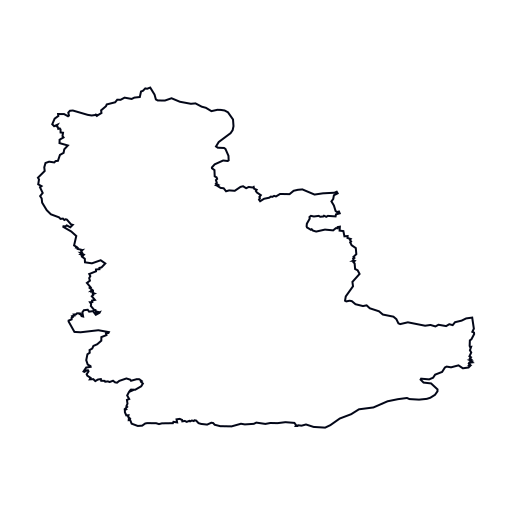 Wonogiri, Jawa Tengah, Indonesia, rotated 265°
{"feature_id": "22746128B32217084331074", "entity_name": "Wonogiri", "entity_type": "district", "adm_level": 2, "iso_a3": "IDN", "parent_name": "Indonesia", "parent_adm1": "Jawa Tengah", "projection": "equal_earth", "projection_center": [111.032, -7.962], "detail": "fine", "context": "isolated", "style": "outline", "palette": "ink", "viewbox_px": 512, "rotation_deg": 265, "n_neighbors": 0, "source": "geoboundaries", "source_scale": "gbopen_adm2", "svg_char_len": 5939}
<svg xmlns="http://www.w3.org/2000/svg" viewBox="0 0 512 512"><g transform="rotate(265 256 256)"><path d="M126.4,458.0L128.1,460.0L128.5,458.7L129.3,459.6L130.3,458.6L131.1,459.1L131.2,462.0L132.1,460.9L132.5,461.9L133.8,459.6L134.2,461.3L135.4,460.2L136.4,461.3L137.5,459.9L141.1,462.0L143.5,460.9L146.8,462.4L146.8,461.3L147.8,461.0L153.3,461.7L154.2,463.3L159.2,466.5L160.7,466.5L161.6,464.9L164.6,466.7L175.8,466.0L175.5,459.9L173.7,455.2L172.7,448.5L170.0,445.9L171.2,442.6L169.6,439.3L171.6,431.8L170.2,428.6L172.1,423.8L171.8,418.4L176.7,401.5L175.6,393.7L176.5,392.0L180.9,390.3L183.6,387.6L186.6,377.3L190.2,373.7L194.0,364.8L197.2,361.9L196.8,358.2L199.3,350.9L202.7,347.5L203.3,345.3L202.9,342.0L203.7,340.8L207.9,341.9L217.4,350.0L221.8,349.8L229.1,357.6L232.9,356.0L234.4,353.6L240.0,353.6L241.2,352.6L242.4,353.8L242.7,352.0L243.1,353.0L244.8,352.5L245.5,353.8L246.6,353.0L249.1,356.1L255.2,356.1L258.4,352.2L261.4,351.0L262.1,352.0L263.9,351.0L264.7,351.8L266.0,348.7L267.9,349.0L267.9,345.8L273.2,345.2L274.0,341.5L277.9,342.1L277.7,339.9L276.5,339.7L276.8,338.0L274.8,335.1L276.3,327.0L275.1,318.1L276.3,315.0L277.8,313.8L277.3,313.0L280.0,309.3L281.2,309.0L283.8,309.5L288.4,312.7L290.2,312.7L291.2,314.2L290.3,317.1L290.5,322.0L289.5,323.4L289.5,326.4L290.2,327.2L288.9,329.4L289.7,331.1L288.5,338.7L290.5,339.3L291.2,343.1L293.1,342.5L292.7,340.5L293.9,339.2L299.5,338.0L303.8,335.9L306.1,337.9L309.7,338.9L311.3,342.8L313.0,342.0L312.2,339.6L312.6,328.1L312.1,319.7L318.3,308.0L318.3,303.5L317.7,299.2L314.7,294.8L315.7,285.4L313.6,281.1L314.3,279.3L313.5,277.4L313.9,276.0L312.9,274.2L312.3,269.0L310.2,264.9L311.9,263.9L313.3,265.0L314.5,264.5L316.2,266.1L319.2,262.4L320.8,261.5L321.9,262.4L323.2,260.0L325.0,259.7L324.5,258.7L325.4,254.8L324.4,252.1L326.6,249.2L326.2,246.6L322.8,240.5L323.7,235.0L323.1,231.8L326.3,229.7L326.9,226.7L329.0,223.9L329.6,224.6L330.0,222.7L330.7,223.7L331.5,222.4L332.5,223.3L335.1,222.7L336.2,224.0L337.7,223.6L339.0,221.8L345.2,222.1L347.2,219.8L348.1,219.8L350.9,222.8L354.0,231.6L353.1,236.1L353.7,237.1L358.2,237.3L365.3,234.9L366.4,233.6L367.2,227.4L368.6,225.7L372.8,228.8L380.6,241.4L383.4,243.7L387.3,244.9L394.0,245.0L401.6,240.6L403.7,237.4L404.6,233.7L405.0,230.3L404.2,224.2L408.0,219.0L409.5,214.9L413.3,209.0L413.3,204.4L416.3,193.6L420.5,185.6L418.8,178.8L419.5,171.7L420.7,169.9L425.6,169.0L433.0,165.3L432.1,162.1L432.6,160.3L430.4,157.7L429.9,155.8L424.5,154.1L424.4,148.7L423.3,145.8L425.2,138.9L423.4,134.7L423.8,131.4L421.4,129.1L420.0,120.5L418.3,119.6L414.6,114.4L411.9,114.5L410.1,110.8L410.5,109.6L408.8,110.2L410.5,108.6L410.3,104.5L411.3,100.6L416.9,86.2L416.9,83.3L415.2,81.5L412.2,81.9L411.6,80.9L414.1,77.2L414.7,71.2L412.7,71.3L410.4,67.4L405.0,64.5L402.9,66.2L404.1,69.7L402.6,68.6L401.7,69.8L399.9,70.1L400.2,71.6L399.1,72.3L396.1,72.1L395.6,74.5L392.4,73.7L390.9,74.6L389.0,70.5L385.6,70.1L382.5,78.2L379.0,74.3L375.5,73.3L373.8,69.5L368.1,67.0L368.0,64.6L366.8,63.2L368.0,58.1L367.0,54.4L362.8,52.8L359.1,52.9L353.0,45.6L351.2,46.5L346.4,45.3L344.3,48.4L343.3,46.8L337.4,49.0L334.5,46.2L332.0,47.5L327.8,47.6L319.9,51.5L315.4,55.3L311.7,63.1L310.0,64.5L310.1,66.9L308.6,68.2L309.2,69.6L308.7,70.8L303.6,74.5L303.0,76.1L300.8,73.5L303.0,70.1L302.1,68.8L302.4,66.8L301.8,66.6L296.5,74.1L291.6,78.7L282.4,75.7L280.6,78.1L280.0,77.6L279.5,79.1L278.6,78.9L277.6,82.1L276.9,82.2L277.0,83.5L276.0,82.3L274.1,83.2L274.3,81.8L273.7,82.5L273.1,81.5L272.6,83.3L272.0,82.2L271.2,82.5L271.4,83.7L270.4,82.7L268.2,85.2L264.6,85.1L263.0,91.9L265.3,100.9L261.7,105.2L258.1,101.1L257.8,99.0L256.5,98.9L256.5,95.4L254.7,95.3L252.6,88.3L250.4,89.2L248.5,87.9L245.9,88.4L243.9,85.2L239.1,88.6L238.6,87.6L236.5,89.9L235.6,88.6L235.6,89.7L234.8,89.3L235.0,90.5L233.5,90.3L232.7,91.8L232.2,90.1L231.3,90.4L230.2,88.9L226.3,91.7L225.9,88.8L224.4,88.9L224.4,86.6L222.6,87.6L220.6,87.1L216.2,90.2L216.1,91.4L214.7,91.7L214.2,93.3L213.6,92.3L213.0,93.5L213.6,95.5L213.1,95.2L211.4,91.3L215.3,88.8L215.1,84.9L217.1,83.7L217.0,79.8L215.0,78.1L210.8,78.5L211.3,77.0L213.9,76.0L213.6,75.1L214.3,74.8L214.5,72.7L213.6,71.7L213.6,69.4L212.5,69.9L212.1,67.6L211.2,68.1L210.7,67.0L208.9,66.8L208.0,63.7L207.1,63.6L196.2,68.5L195.3,74.6L195.8,92.5L193.0,102.8L192.2,102.3L191.9,99.8L190.2,100.1L188.7,94.9L185.1,94.5L181.9,90.1L180.6,86.2L178.1,84.8L176.8,82.0L174.1,81.9L172.8,79.5L167.0,77.8L162.5,78.9L160.8,81.5L160.0,81.6L159.7,77.1L156.0,74.1L155.5,74.9L156.9,77.7L156.7,78.8L155.6,79.1L153.0,77.0L151.5,77.5L149.0,80.6L147.6,79.7L147.5,83.2L145.4,85.0L146.7,87.7L146.9,90.7L145.2,90.9L144.8,94.3L143.9,94.8L144.0,97.5L143.2,99.2L144.2,102.7L142.4,104.6L141.9,106.5L143.5,108.9L145.3,116.2L143.8,119.9L142.6,120.6L143.7,126.5L143.4,129.0L141.3,131.3L140.7,130.5L138.8,132.2L136.2,130.3L133.3,124.0L133.8,119.8L133.2,119.1L132.6,120.5L131.6,117.6L128.3,115.5L124.6,117.2L123.9,114.9L120.1,115.1L117.7,113.8L116.9,114.5L115.1,112.2L114.5,113.1L113.9,111.9L111.7,111.8L108.5,112.9L108.5,115.1L107.0,114.6L105.3,116.1L104.9,115.1L103.6,114.9L103.7,116.3L99.8,117.5L97.0,123.4L96.9,127.8L98.8,131.0L99.0,133.0L98.1,142.0L97.0,144.7L97.5,147.7L96.7,158.6L98.0,159.3L97.1,162.9L100.2,162.6L100.4,165.8L99.1,168.1L97.7,168.2L97.9,170.7L96.8,172.5L97.6,175.3L97.0,175.9L97.7,177.8L97.0,179.6L97.7,180.4L97.3,182.0L94.5,184.2L93.5,186.7L92.3,192.6L93.8,197.0L93.3,198.8L91.5,200.1L89.6,205.5L88.4,216.8L90.2,226.4L89.2,230.2L89.0,239.2L90.0,241.8L87.9,250.7L88.4,255.7L87.6,262.9L87.9,270.8L86.4,279.7L84.0,281.2L83.2,280.7L83.0,282.6L83.7,283.2L83.0,286.6L83.8,291.1L80.7,298.5L79.0,309.9L81.0,315.3L86.8,325.3L90.1,337.0L94.3,345.2L94.9,359.8L99.8,374.4L101.0,384.9L101.4,394.0L100.1,396.4L98.7,405.9L98.8,413.7L99.6,417.3L102.1,422.2L105.4,425.0L107.3,425.2L113.8,419.3L115.3,411.9L118.5,409.2L119.4,409.8L118.0,417.7L119.3,421.8L122.2,424.1L124.3,431.3L128.5,434.5L129.2,436.3L128.1,440.6L129.4,448.2L126.1,452.3L126.4,458.0Z" fill="none" stroke="#020617" stroke-width="2"/></g></svg>